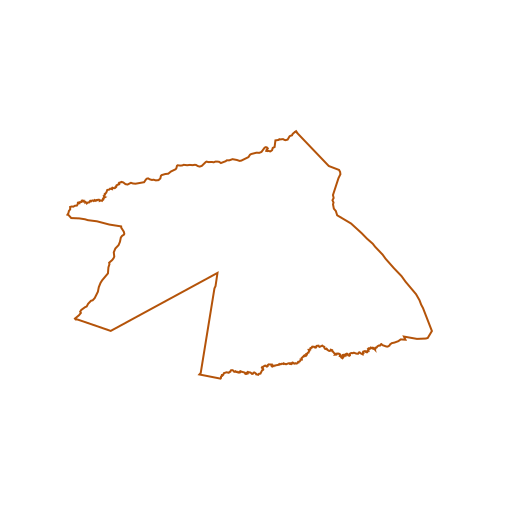 Sioma, Western, Zambia, rotated 291°
{"feature_id": "96606910B11966717412590", "entity_name": "Sioma", "entity_type": "district", "adm_level": 2, "iso_a3": "ZMB", "parent_name": "Zambia", "parent_adm1": "Western", "projection": "natural_earth1", "projection_center": [23.042, -16.752], "detail": "fine", "context": "isolated", "style": "outline", "palette": "amber", "viewbox_px": 512, "rotation_deg": 291, "n_neighbors": 0, "source": "geoboundaries", "source_scale": "gbopen_adm2", "svg_char_len": 6071}
<svg xmlns="http://www.w3.org/2000/svg" viewBox="0 0 512 512"><g transform="rotate(291 256 256)"><path d="M227.0,65.2L227.1,66.2L225.2,69.9L227.8,77.6L229.0,83.2L229.2,86.2L231.4,95.1L232.8,107.8L235.3,119.5L234.1,120.1L231.3,123.9L229.5,125.1L228.7,125.1L226.7,123.7L224.8,123.2L220.5,123.9L216.9,123.8L212.6,122.0L208.5,121.9L204.6,123.9L202.8,123.8L200.7,123.2L197.1,121.3L195.9,122.1L192.5,122.3L186.7,124.0L178.3,121.1L175.3,120.5L170.6,120.4L166.0,121.2L158.9,120.5L156.1,119.4L155.1,118.0L151.3,116.4L148.2,116.0L146.9,114.7L143.0,112.2L141.0,111.8L140.1,112.9L137.3,112.0L132.7,109.4L132.1,110.4L132.7,111.9L132.8,113.5L134.0,147.2L226.4,226.1L213.4,229.0L210.9,228.8L127.0,246.3L125.1,245.6L128.8,266.8L129.6,267.0L130.8,266.6L131.6,266.8L131.9,267.3L132.7,266.9L133.3,268.0L135.1,268.0L136.9,270.2L137.2,272.4L138.3,272.8L138.7,273.5L140.2,273.5L140.9,274.6L140.9,275.7L140.1,277.1L140.3,277.8L141.0,278.1L140.7,279.2L141.0,279.5L140.8,279.7L141.0,280.5L140.8,281.1L141.3,281.6L141.5,281.9L141.2,282.2L141.5,282.8L142.0,283.1L142.4,282.3L142.9,282.7L142.8,283.8L143.1,287.3L142.9,287.8L142.3,288.0L142.2,288.9L143.2,290.2L144.0,289.4L144.9,289.9L144.7,291.1L145.2,291.9L145.1,293.1L144.5,294.4L144.8,295.2L146.2,295.5L146.7,296.3L146.1,298.4L145.6,298.6L145.9,300.7L147.1,301.0L147.8,302.3L151.0,302.6L151.9,302.8L152.1,303.3L152.5,303.5L153.1,303.2L153.8,301.5L154.5,301.6L154.4,302.3L155.5,302.5L157.0,303.8L156.6,305.7L156.9,306.1L157.5,306.4L158.2,306.0L159.3,306.6L160.3,309.6L159.0,309.8L158.6,310.7L159.8,311.2L159.6,312.0L160.1,312.1L160.6,313.3L161.0,313.6L162.6,316.3L163.0,316.2L163.2,316.9L163.8,317.0L163.9,318.1L164.8,318.8L165.0,320.3L165.7,320.4L165.5,322.0L165.9,322.5L165.8,323.0L167.4,324.7L168.2,326.4L168.2,326.9L167.5,326.8L167.7,327.7L168.4,327.9L168.7,328.5L169.4,328.1L169.7,328.4L169.3,330.5L170.0,331.1L169.9,331.9L170.3,332.7L171.4,333.1L171.7,333.7L172.4,333.4L173.1,334.5L174.7,335.0L175.4,334.7L175.8,335.9L177.1,335.2L178.8,336.0L179.1,336.5L179.9,336.4L180.0,337.0L180.7,337.1L180.6,337.7L181.0,337.6L181.4,338.0L181.1,338.6L181.3,338.7L182.3,338.8L182.7,338.3L183.0,338.8L184.0,338.9L184.7,339.7L185.3,339.5L186.3,339.8L187.3,338.8L188.0,340.2L189.0,339.9L189.6,340.3L189.8,340.1L190.5,341.0L191.4,340.9L191.7,341.3L192.1,343.0L191.7,343.3L191.7,344.2L192.0,344.6L192.5,344.2L192.9,344.9L193.8,344.8L194.7,346.5L194.1,347.1L193.9,347.9L196.1,350.0L195.8,350.7L195.7,352.3L195.0,352.5L194.1,353.6L194.2,354.7L194.8,355.0L194.7,355.4L194.0,356.2L193.6,358.4L194.3,359.5L195.3,359.4L195.4,360.9L194.3,361.6L194.3,362.1L193.1,364.1L192.9,365.4L192.2,365.2L192.7,366.3L193.6,366.0L194.3,367.4L194.1,367.8L194.5,368.3L194.5,369.2L193.9,370.4L193.3,370.8L193.0,370.0L192.6,370.0L192.5,371.2L191.8,372.0L191.5,373.4L193.6,374.0L193.8,372.7L194.8,372.6L195.4,373.6L195.2,374.3L195.6,374.8L195.2,375.5L196.2,375.6L196.7,375.1L197.2,375.5L197.1,376.0L197.4,376.4L196.3,377.6L196.3,378.9L197.0,379.3L198.3,378.6L199.2,379.3L199.8,380.2L199.9,381.1L200.8,382.0L200.8,384.5L201.3,386.3L202.9,386.7L203.2,387.2L202.7,388.3L202.4,390.9L203.2,390.7L203.6,391.1L204.3,390.4L205.1,390.3L206.3,391.8L205.7,392.5L206.2,393.3L205.8,394.0L206.0,394.3L206.9,393.7L207.5,394.1L207.7,395.0L208.5,394.5L209.1,394.8L209.5,393.9L210.2,394.2L210.6,396.1L210.9,396.3L211.3,395.7L211.7,395.9L211.6,397.3L212.3,397.9L212.2,398.8L211.4,398.9L211.6,399.9L211.3,400.5L211.6,400.3L212.4,400.8L213.3,400.5L214.0,401.5L215.1,401.7L216.4,402.7L216.7,403.8L218.3,404.2L218.7,404.6L218.1,405.9L218.2,410.1L218.6,411.4L220.2,412.7L221.4,412.8L223.3,414.0L224.8,416.3L227.5,419.4L230.0,421.0L231.4,425.5L233.8,423.0L236.3,436.0L239.8,444.1L241.0,445.7L249.0,447.1L267.2,430.6L269.8,427.6L273.3,424.5L277.7,419.1L285.6,404.8L289.4,399.0L294.1,389.0L299.9,377.9L302.6,373.8L307.3,363.9L309.3,360.6L312.0,353.3L315.1,346.6L320.4,333.1L323.1,317.2L326.6,314.4L328.1,311.7L331.8,309.4L333.7,309.2L335.5,307.4L338.0,307.7L340.5,306.0L358.3,305.1L362.6,305.5L364.6,304.4L366.1,302.7L366.1,291.7L386.3,248.9L386.5,249.3L386.9,248.7L384.2,247.0L382.7,246.4L381.6,246.4L380.3,244.8L379.6,244.4L376.0,243.8L374.7,242.0L374.6,241.0L374.8,239.3L373.5,236.8L373.4,235.9L372.5,235.6L370.9,232.7L364.4,234.3L362.9,232.9L360.6,233.1L359.0,232.1L358.7,231.8L358.6,229.6L358.1,229.3L357.8,227.9L358.7,227.8L360.7,228.4L361.3,227.1L361.0,225.9L360.1,225.2L355.1,223.8L353.5,222.1L352.6,219.4L349.5,215.0L348.4,214.1L345.6,213.5L339.8,208.1L338.9,206.6L338.8,203.8L338.0,199.4L335.7,196.7L334.8,194.4L333.6,193.7L330.2,189.9L330.7,187.9L330.4,186.5L329.6,184.3L328.3,182.9L328.0,181.2L326.6,177.9L326.4,176.0L325.7,175.4L320.7,173.1L319.3,171.4L319.1,169.5L319.5,167.4L319.2,166.2L318.1,164.3L317.3,161.5L316.1,159.3L315.2,155.8L314.2,154.8L313.3,153.0L312.6,150.3L311.9,149.9L309.5,150.2L308.2,149.9L304.4,146.3L301.4,144.6L300.0,141.9L297.7,138.9L296.7,138.5L294.1,138.9L291.9,137.8L290.7,135.4L290.5,133.0L289.7,131.6L289.5,129.2L289.8,127.6L289.6,127.1L289.0,126.3L287.9,125.8L284.8,125.1L280.3,117.6L279.6,115.1L279.5,113.0L276.7,110.5L276.3,108.4L277.1,105.8L277.0,103.9L276.4,103.3L276.1,103.3L275.4,102.0L274.7,101.8L273.9,102.5L272.1,100.5L271.1,100.4L270.9,100.6L270.4,100.2L270.1,100.6L268.8,99.9L268.3,98.9L268.3,97.4L267.5,97.1L266.8,97.5L266.6,95.7L265.3,95.1L264.4,93.5L261.4,93.5L259.8,92.6L259.4,93.0L258.5,92.7L257.5,93.2L257.3,92.6L256.5,93.2L256.6,93.8L255.0,92.6L254.7,92.6L254.5,93.2L253.8,93.2L252.7,92.2L252.3,92.3L252.3,91.3L251.4,90.3L252.1,90.0L252.3,89.2L251.3,87.4L251.0,87.6L250.6,87.1L250.6,86.6L250.1,86.5L250.3,85.3L249.6,85.3L249.2,84.9L249.5,84.5L249.4,83.9L249.2,83.3L248.2,82.7L248.4,82.1L248.2,81.5L247.4,81.2L247.2,81.4L247.0,81.1L246.2,81.0L245.6,79.8L244.7,79.3L245.2,79.0L244.9,78.3L245.2,77.7L244.9,77.5L245.4,77.3L245.5,76.7L245.0,75.9L245.7,74.7L245.7,74.4L245.0,74.2L245.1,73.9L245.4,74.1L245.2,73.5L243.9,73.7L243.1,72.2L242.0,72.3L241.9,71.7L242.3,71.8L242.3,70.9L242.0,70.6L240.4,71.0L238.9,70.7L238.0,68.9L236.6,67.8L236.2,66.3L235.2,64.9L233.0,65.8L231.0,65.2L228.8,65.5L227.0,65.2Z" fill="none" stroke="#b45309" stroke-width="2"/></g></svg>